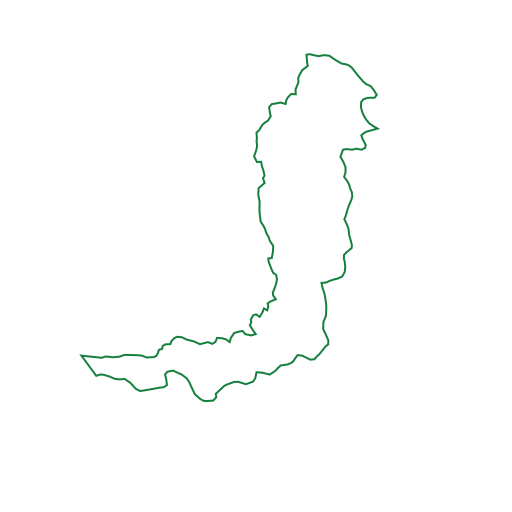 Castelândia, Goiás, Brazil, rotated 318°
{"feature_id": "56859067B13965463256394", "entity_name": "Castelândia", "entity_type": "district", "adm_level": 2, "iso_a3": "BRA", "parent_name": "Brazil", "parent_adm1": "Goiás", "projection": "equal_earth", "projection_center": [-50.36, -18.152], "detail": "fine", "context": "isolated", "style": "outline", "palette": "green", "viewbox_px": 512, "rotation_deg": 318, "n_neighbors": 0, "source": "geoboundaries", "source_scale": "gbopen_adm2", "svg_char_len": 3313}
<svg xmlns="http://www.w3.org/2000/svg" viewBox="0 0 512 512"><g transform="rotate(318 256 256)"><path d="M453.5,217.1L454.5,211.8L454.9,206.5L452.9,202.0L452.4,198.0L452.5,190.7L453.2,179.9L452.4,176.0L450.7,173.2L448.4,170.3L446.2,163.4L444.5,156.3L441.1,152.4L436.1,149.2L433.2,145.3L431.0,142.0L428.2,140.2L426.0,143.1L423.7,146.1L421.8,149.3L419.1,149.2L414.8,148.8L409.9,150.4L406.7,151.8L403.6,155.5L400.4,156.9L396.7,158.8L393.8,162.4L390.4,159.1L385.7,159.5L382.8,160.5L379.7,162.8L376.8,158.3L373.4,156.3L369.4,153.7L365.2,154.2L362.4,158.6L360.4,162.0L355.6,163.4L351.8,162.8L348.3,162.8L342.7,164.6L339.0,164.6L335.6,168.9L333.2,171.1L330.5,174.9L327.2,177.4L321.2,180.7L319.6,186.8L322.8,189.4L320.2,193.9L318.5,197.8L316.1,202.0L313.3,202.8L311.3,207.5L303.4,207.3L298.8,211.8L295.0,218.1L291.0,222.3L287.8,226.0L285.0,229.9L282.5,233.6L281.9,237.8L280.9,241.8L279.2,245.4L278.0,250.6L276.4,253.9L275.6,260.0L271.4,264.2L266.3,268.1L263.5,266.0L261.6,268.7L260.3,272.0L258.8,275.8L257.5,279.9L258.3,283.7L255.9,287.5L252.3,290.1L247.4,292.9L244.1,294.3L242.3,296.9L241.8,301.4L236.0,299.4L232.9,299.0L231.2,301.9L228.0,303.9L226.8,300.3L222.8,302.3L218.0,303.7L217.0,299.4L214.3,298.2L209.9,299.6L207.9,302.3L205.1,303.3L204.2,308.2L203.5,313.9L199.3,311.8L195.7,306.9L195.9,302.8L192.8,300.8L188.2,298.6L182.7,300.0L178.8,302.3L177.9,297.8L175.8,294.5L172.3,290.8L168.3,292.7L164.8,292.1L162.6,287.8L158.4,285.6L155.3,284.0L153.1,278.7L150.9,275.2L148.7,272.0L146.5,266.7L143.1,263.1L140.1,262.4L136.4,262.6L133.4,264.2L129.5,261.0L126.4,260.4L124.1,262.2L121.0,260.8L118.0,262.6L115.1,263.5L112.4,262.8L110.0,260.8L106.9,258.3L104.4,253.5L101.1,250.0L95.8,245.0L92.1,241.5L87.3,239.5L82.0,235.6L80.0,233.3L77.0,230.1L73.1,228.3L59.6,213.2L57.1,238.1L61.3,240.1L63.4,242.5L66.3,247.2L69.1,253.1L72.2,256.5L76.1,259.5L77.8,266.1L77.8,274.4L79.6,278.9L90.4,285.8L96.4,289.4L99.6,291.8L103.5,292.3L106.9,287.4L109.1,283.2L112.6,282.7L115.1,284.1L117.8,285.8L119.8,290.8L121.4,294.1L122.7,300.8L122.0,304.9L119.9,311.6L118.1,317.7L118.8,324.6L120.2,328.7L122.9,331.3L127.5,334.8L132.0,334.4L133.9,331.5L145.7,331.3L148.7,332.2L155.6,335.0L158.6,337.6L162.7,344.5L169.7,347.4L173.8,346.3L178.6,342.7L182.5,346.8L186.9,353.3L193.7,354.3L198.1,353.9L201.2,353.9L206.7,357.6L210.7,359.1L213.7,359.1L216.7,358.2L220.6,357.5L223.7,361.0L226.9,369.3L230.3,371.8L233.9,371.4L237.8,371.3L247.4,369.7L250.5,370.0L253.4,366.9L255.9,359.2L256.9,355.5L259.4,352.7L262.4,349.8L265.3,348.6L268.0,347.2L270.8,344.4L274.4,340.7L276.5,337.9L280.4,332.0L282.2,328.6L283.9,324.6L286.7,319.8L290.3,322.6L294.7,324.0L297.5,325.3L301.8,327.5L306.3,328.9L311.3,327.2L315.2,323.6L318.0,319.8L319.6,316.7L322.1,314.1L325.3,313.8L332.4,314.1L334.6,312.0L339.3,302.8L343.1,297.4L345.1,291.9L346.2,287.8L349.1,286.5L352.9,284.1L357.5,281.3L364.2,278.2L367.4,276.2L369.9,272.7L371.1,269.1L373.1,264.8L374.0,261.0L374.4,256.2L378.5,253.7L381.9,250.0L383.9,244.5L385.1,238.8L391.7,235.2L394.4,236.8L398.8,241.5L402.3,243.3L405.5,247.6L409.4,248.7L411.9,246.8L413.4,240.5L415.0,236.8L418.1,236.8L421.0,237.4L425.2,239.5L431.6,242.7L430.1,238.2L428.9,233.2L429.2,227.9L430.1,223.6L431.2,220.3L433.4,215.8L437.1,212.0L440.7,211.4L444.3,213.0L447.1,215.1L449.9,217.7L453.5,217.1Z" fill="none" stroke="#15803d" stroke-width="2"/></g></svg>